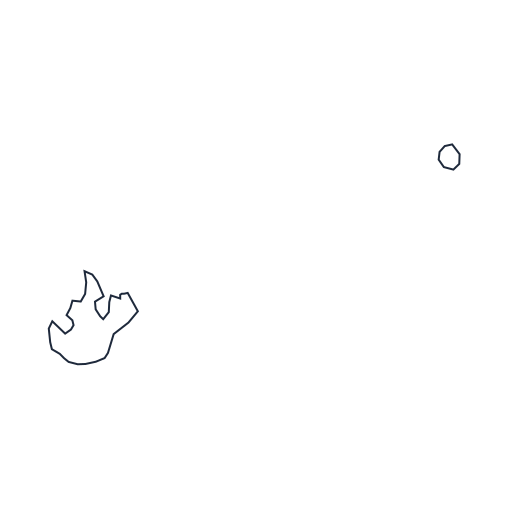 an SVG outline of Vava'u, rotated 172°
{"feature_id": "TON-4946", "entity_name": "Vava'u", "entity_type": "state/province", "adm_level": 1, "iso_a3": "TON", "parent_name": "Tonga", "parent_adm1": "", "projection": "robinson", "projection_center": [-174.104, -18.692], "detail": "fine", "context": "isolated", "style": "outline", "palette": "slate", "viewbox_px": 512, "rotation_deg": 172, "n_neighbors": 0, "source": "natural_earth", "source_scale": "10m", "svg_char_len": 770}
<svg xmlns="http://www.w3.org/2000/svg" viewBox="0 0 512 512"><g transform="rotate(172 256 256)"><path d="M447.6,173.6L456.3,177.2L460.3,181.5L463.9,186.4L471.1,192.1L471.8,199.3L471.3,213.0L466.8,219.7L455.8,205.7L449.5,208.9L446.3,212.9L446.8,217.9L451.8,223.8L447.1,230.3L444.0,237.3L435.9,235.3L430.5,242.2L427.8,253.5L427.9,264.8L420.7,260.4L416.7,252.9L412.5,237.3L421.8,233.2L422.2,225.5L418.7,218.0L416.1,214.7L409.6,220.9L407.7,230.8L405.1,237.1L396.4,232.8L395.9,236.5L394.2,237.3L391.6,237.0L388.2,237.3L380.7,217.7L391.6,207.8L407.8,198.5L416.1,180.6L420.1,176.0L429.3,173.6L439.8,172.8L447.6,173.6ZM46.2,339.2L40.2,328.5L41.9,318.9L48.5,314.1L57.6,317.9L61.7,326.0L59.7,333.6L53.8,338.6L46.2,339.2Z" fill="none" stroke="#1e293b" stroke-width="2"/></g></svg>